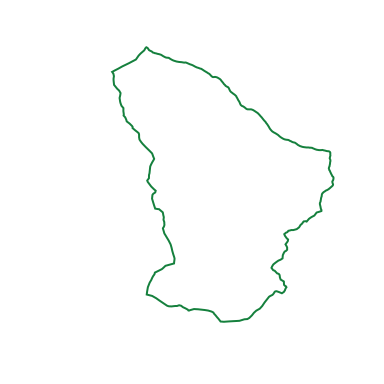 outline of Goenkhame, Gasa, Bhutan, rotated 301°
{"feature_id": "84629894B91389840528768", "entity_name": "Goenkhame", "entity_type": "district", "adm_level": 2, "iso_a3": "BTN", "parent_name": "Bhutan", "parent_adm1": "Gasa", "projection": "equal_earth", "projection_center": [89.685, 27.795], "detail": "fine", "context": "isolated", "style": "outline", "palette": "green", "viewbox_px": 384, "rotation_deg": 301, "n_neighbors": 0, "source": "geoboundaries", "source_scale": "gbopen_adm2", "svg_char_len": 5778}
<svg xmlns="http://www.w3.org/2000/svg" viewBox="0 0 384 384"><g transform="rotate(301 192 192)"><path d="M292.5,78.3L291.2,78.0L288.8,78.1L284.2,76.6L281.4,76.0L278.2,75.8L276.7,75.7L274.2,74.2L273.4,73.7L269.9,71.6L263.8,67.6L259.6,65.2L256.4,63.2L253.8,61.7L252.9,63.7L251.1,65.4L248.5,66.5L247.0,67.5L243.7,70.0L242.0,74.6L241.4,77.3L240.0,79.8L237.8,80.7L235.3,81.5L232.4,83.9L231.4,84.9L229.6,87.1L228.6,90.0L226.0,91.5L223.4,93.6L222.3,94.0L221.6,96.3L220.1,98.4L218.9,99.7L218.5,103.3L217.7,106.6L217.2,107.6L216.2,108.1L215.6,111.6L215.3,114.1L215.0,115.9L214.3,116.8L213.1,117.6L211.6,118.5L209.9,120.0L208.8,122.3L207.9,124.7L206.7,129.1L205.5,134.2L204.6,137.7L204.1,138.5L202.6,140.3L200.9,142.5L199.4,142.6L197.2,142.6L195.2,142.7L194.2,142.8L192.6,143.0L192.0,143.2L186.2,145.9L184.4,146.4L181.6,148.0L178.8,147.7L177.9,148.8L175.7,154.2L174.8,157.9L174.4,160.2L172.7,160.7L170.5,159.7L169.1,159.6L165.7,161.2L161.1,166.3L158.8,169.0L159.8,171.6L160.3,172.6L159.5,177.4L158.9,178.0L157.4,179.3L155.9,180.8L153.5,181.9L151.9,183.8L151.3,184.1L149.6,185.3L148.6,185.6L147.5,185.8L146.5,185.7L145.8,185.8L143.7,188.1L142.2,189.7L141.5,191.1L140.1,193.7L139.0,195.8L138.3,197.1L137.1,199.0L136.1,200.6L135.2,201.6L133.7,203.2L131.2,205.6L128.7,208.3L127.0,210.3L126.0,211.3L124.8,211.9L122.7,212.8L121.5,213.4L119.7,211.7L117.3,209.4L115.1,207.3L114.1,207.0L113.3,206.8L111.9,206.4L110.9,206.1L110.2,205.8L108.8,204.9L106.6,203.5L103.8,201.7L102.1,202.2L99.8,202.0L97.8,202.1L95.6,202.4L92.6,202.4L87.7,203.2L83.3,204.9L80.8,206.0L82.4,211.4L82.5,216.1L82.2,219.8L81.9,225.3L81.7,229.3L82.1,231.0L83.4,233.4L85.4,236.0L86.6,237.9L88.3,239.3L88.9,241.3L88.6,243.5L88.9,246.4L89.0,249.0L88.6,249.9L88.8,250.5L89.4,250.9L92.7,254.0L94.6,257.6L97.4,263.7L98.7,266.9L99.6,270.4L99.7,272.4L99.0,273.7L98.5,275.5L97.5,278.2L97.1,279.6L95.7,283.2L97.2,286.2L100.3,290.6L106.0,299.0L109.9,302.5L111.6,304.9L113.6,306.0L117.1,306.9L120.4,307.3L123.4,308.2L126.9,310.2L130.4,310.9L134.7,311.1L139.4,311.7L141.9,312.0L143.3,312.7L145.1,313.9L146.1,314.2L147.6,314.3L149.0,314.3L149.7,314.6L150.5,315.6L151.0,317.9L151.5,321.2L153.6,322.2L155.7,322.3L156.2,322.1L157.8,321.9L159.0,322.0L159.5,321.3L159.5,319.9L159.8,318.8L160.4,318.3L162.6,316.8L162.6,315.1L162.6,313.1L164.0,311.4L165.9,309.9L166.4,308.9L166.4,308.0L166.1,307.0L166.5,305.5L167.1,303.4L166.8,301.9L167.9,299.2L169.4,299.0L171.7,299.0L172.9,299.4L175.7,300.5L177.7,301.4L179.6,302.8L181.7,303.8L184.6,302.4L186.9,302.1L188.7,302.1L189.9,302.9L191.5,303.3L193.5,302.1L194.3,300.9L195.3,299.1L198.2,299.4L199.4,299.4L200.8,298.8L201.0,297.5L201.3,296.6L202.4,294.1L203.4,292.8L205.5,293.5L206.7,294.4L208.4,294.6L208.9,295.2L210.6,296.8L211.6,298.5L214.1,300.9L216.9,302.0L219.6,302.0L221.8,302.7L222.9,302.7L224.3,302.9L225.6,304.6L225.7,305.5L229.3,306.1L232.0,307.3L234.8,309.0L238.6,309.4L240.2,310.9L242.3,312.7L243.0,312.4L243.5,311.9L243.8,311.3L244.2,310.9L245.0,310.2L245.8,309.5L246.7,308.6L247.2,308.1L247.7,307.7L248.5,307.3L249.3,307.2L250.4,307.0L250.8,306.7L251.4,306.6L252.7,306.0L253.9,305.6L255.0,305.4L256.5,304.7L257.2,304.5L258.2,304.5L258.8,304.7L259.5,304.8L260.7,305.4L262.5,306.2L263.2,306.8L264.0,307.2L264.8,307.7L265.4,307.8L266.3,308.2L267.4,308.5L267.9,308.7L269.2,309.1L270.1,309.3L271.0,309.1L271.7,308.4L272.2,307.7L272.7,307.3L273.2,306.9L273.6,306.8L274.2,306.9L274.7,306.9L275.2,306.7L275.8,306.6L276.3,306.4L277.4,305.7L277.7,305.1L277.8,304.2L278.2,303.7L278.8,302.7L279.3,301.8L279.7,301.3L280.4,300.2L281.0,299.5L281.5,298.4L282.0,298.0L282.4,297.4L282.9,297.0L284.0,296.7L285.1,296.6L285.6,296.3L286.9,295.9L288.0,295.4L288.8,295.0L289.6,294.8L290.3,294.4L290.8,294.0L291.5,293.1L291.9,292.6L292.7,292.4L293.5,292.1L294.4,291.9L295.1,291.4L295.7,291.0L296.8,290.4L297.4,289.5L297.4,288.4L296.5,286.5L296.2,285.4L295.9,284.3L295.6,283.6L295.4,282.8L295.2,282.1L294.7,281.5L294.3,281.0L293.8,280.2L293.4,279.4L293.1,278.8L292.9,278.2L292.5,277.3L292.2,276.0L292.0,275.1L291.9,274.1L291.7,272.8L291.7,272.2L291.0,270.7L290.6,270.1L290.3,269.2L289.1,267.1L288.0,264.6L287.5,263.2L287.3,262.2L287.0,261.0L286.9,258.3L287.1,257.4L287.2,256.2L287.3,255.0L287.1,254.2L286.7,253.1L286.5,252.2L286.5,250.9L286.3,249.9L286.3,248.6L286.2,247.7L285.3,245.7L284.8,244.2L284.7,243.5L284.6,242.4L284.6,240.6L284.7,239.2L284.9,237.9L285.2,236.6L285.3,234.5L285.3,233.1L285.2,231.2L285.3,229.4L285.8,227.7L286.4,226.1L286.8,225.4L287.4,224.4L288.8,221.6L289.4,219.9L289.8,219.3L290.6,216.6L291.4,214.5L291.9,213.2L292.3,211.7L292.8,210.3L293.5,207.7L293.6,205.5L293.7,203.6L293.7,202.0L293.4,200.4L292.9,199.4L292.3,198.5L291.5,197.1L291.3,196.3L291.3,195.3L291.6,193.7L291.7,192.5L291.7,191.6L291.5,190.6L291.6,189.6L291.8,188.8L292.5,187.7L293.0,187.1L293.9,185.8L294.4,184.6L295.9,182.2L296.4,181.2L296.9,180.6L297.2,179.4L297.4,178.3L297.5,176.7L297.7,175.3L297.8,174.0L298.2,172.7L299.1,171.3L299.9,170.2L300.4,169.1L300.3,168.0L300.3,167.4L300.3,166.1L300.7,165.2L300.9,164.0L301.6,162.4L302.4,160.1L303.0,158.7L303.2,157.5L303.2,154.8L302.9,153.5L302.5,152.4L301.8,151.6L301.3,150.8L301.2,150.2L301.3,149.3L301.5,148.4L301.9,147.1L302.2,145.9L302.1,144.8L302.2,143.4L302.2,141.4L302.2,140.0L302.3,138.7L302.3,137.5L302.4,136.7L302.0,135.4L301.7,133.6L301.3,132.1L301.1,130.4L301.0,127.5L300.8,126.0L300.6,125.3L300.4,124.3L300.3,123.5L300.1,121.9L299.9,120.4L299.5,119.4L299.0,118.9L298.6,118.0L298.0,116.4L296.8,113.9L295.9,111.6L295.2,108.7L295.0,107.3L294.9,104.7L295.0,104.1L295.0,102.9L294.6,102.1L294.2,101.3L293.9,100.6L293.7,99.5L293.6,97.1L293.7,95.0L293.4,93.6L293.2,92.8L292.7,91.4L292.2,89.4L291.9,88.8L291.7,87.6L291.4,86.5L291.7,85.4L291.7,84.7L291.6,84.0L291.5,83.0L291.5,82.1L292.4,80.2L292.6,79.6L292.5,78.3Z" fill="none" stroke="#15803d" stroke-width="2"/></g></svg>